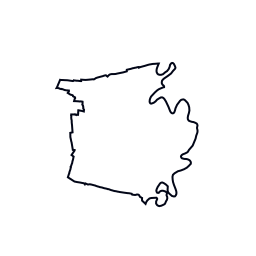 Golaiesti, Iasi, Romania, rotated 46°
{"feature_id": "2599482B7139322777344", "entity_name": "Golaiesti", "entity_type": "district", "adm_level": 2, "iso_a3": "ROU", "parent_name": "Romania", "parent_adm1": "Iasi", "projection": "albers", "projection_center": [27.678, 47.265], "detail": "fine", "context": "isolated", "style": "outline", "palette": "ink", "viewbox_px": 256, "rotation_deg": 46, "n_neighbors": 0, "source": "geoboundaries", "source_scale": "gbopen_adm2", "svg_char_len": 5671}
<svg xmlns="http://www.w3.org/2000/svg" viewBox="0 0 256 256"><g transform="rotate(46 128 128)"><path d="M194.8,168.1L194.7,167.9L193.9,166.2L193.5,164.3L193.6,161.5L194.5,159.9L197.9,156.0L198.9,156.0L199.4,156.4L200.4,158.8L201.9,160.3L203.8,160.6L204.9,160.3L205.9,159.8L207.0,158.1L207.7,156.2L208.2,154.5L207.9,153.3L207.1,151.5L206.8,150.2L206.0,148.7L204.7,147.6L203.3,147.1L202.8,146.6L201.9,145.1L201.2,145.0L199.7,145.2L197.9,146.1L196.7,147.1L196.0,148.5L195.8,149.7L196.0,151.0L195.4,151.6L194.7,152.0L193.7,151.7L192.8,151.2L192.0,150.0L191.0,147.5L190.5,145.0L190.2,143.7L190.2,142.7L190.5,141.9L191.0,141.2L192.3,140.6L194.9,140.0L197.6,139.9L200.2,142.7L201.8,143.7L203.5,143.9L207.4,143.6L209.2,142.5L209.8,141.6L209.6,140.3L209.1,139.1L208.2,138.1L207.0,137.2L205.0,136.2L200.7,134.4L198.1,133.1L196.1,131.7L194.0,129.9L192.9,128.2L192.9,126.0L193.8,122.1L195.2,119.6L196.6,116.3L197.4,113.3L197.5,110.3L197.4,108.9L197.4,107.8L196.8,107.0L195.9,106.4L194.5,106.1L193.3,106.3L192.0,106.8L190.8,107.6L189.3,109.0L187.3,110.2L186.3,110.2L185.4,109.8L185.0,109.2L184.8,108.2L185.0,106.9L185.9,104.8L186.5,102.9L186.7,102.1L186.7,101.5L186.1,99.3L185.6,93.7L182.6,86.8L180.9,84.2L179.7,81.7L179.2,80.9L178.4,80.0L177.5,79.3L176.4,78.7L175.7,78.1L174.5,76.3L173.5,75.7L172.6,75.5L171.2,75.9L169.3,76.7L167.9,77.8L166.2,78.7L164.9,79.2L163.4,78.9L162.2,78.0L160.9,76.3L159.6,73.9L158.1,71.7L155.6,69.6L153.3,68.4L151.2,67.7L149.5,67.7L147.4,67.7L146.1,68.1L145.3,69.1L144.7,70.2L144.6,71.7L145.4,76.6L146.8,80.1L148.1,82.2L148.9,84.0L148.9,85.0L148.5,85.7L147.7,86.2L146.6,86.3L145.2,86.0L140.9,84.2L135.3,82.3L132.4,81.7L130.9,81.7L129.8,82.1L128.9,83.0L128.4,84.7L127.8,87.4L128.0,89.7L127.7,92.0L126.9,93.8L126.5,94.5L125.7,94.8L124.8,94.6L124.0,94.1L122.8,92.7L122.0,91.2L121.4,89.5L121.1,83.9L121.2,80.8L121.5,79.0L122.1,77.3L123.2,74.5L123.7,73.7L123.1,73.1L122.3,72.9L121.1,73.1L119.6,72.8L118.5,71.9L117.6,70.6L117.4,68.9L117.5,67.3L118.2,63.3L118.7,59.2L118.2,55.9L118.1,53.3L117.7,52.1L116.9,51.6L115.7,51.1L113.7,50.5L112.4,50.6L111.8,51.1L111.5,52.1L111.8,53.9L112.9,55.5L113.9,57.9L114.2,60.5L113.8,62.3L113.6,65.5L112.7,67.3L111.7,68.3L110.5,69.0L109.3,69.1L107.8,68.6L106.8,67.9L105.6,66.5L104.7,64.9L103.0,61.1L102.6,61.5L100.4,64.2L99.7,65.0L99.1,65.7L98.1,67.2L97.2,68.5L96.3,70.1L96.1,70.5L95.0,72.7L94.1,74.3L92.9,76.5L92.4,77.6L92.2,78.2L91.6,77.9L90.8,79.0L90.1,80.3L89.4,81.3L88.8,82.4L88.5,82.7L87.4,84.9L86.6,86.2L85.3,88.4L86.4,89.5L84.6,92.9L82.8,95.7L81.2,98.2L81.0,98.6L80.3,99.7L80.0,100.0L79.3,100.8L78.7,101.4L78.1,102.0L77.5,102.8L77.1,103.5L76.8,104.2L76.7,105.1L76.7,106.0L76.8,107.0L75.8,107.2L75.1,107.2L74.7,107.3L74.2,108.0L73.6,109.1L73.1,110.3L72.6,111.1L71.6,112.9L70.4,115.1L69.7,116.7L69.7,117.2L69.6,117.6L69.4,118.4L69.4,118.6L68.9,119.2L68.6,119.3L66.9,121.5L64.9,124.0L63.6,125.5L63.1,125.9L62.7,126.3L61.9,127.0L60.7,128.1L61.7,129.1L61.1,129.7L59.1,131.3L58.3,132.1L57.3,132.9L57.0,133.2L56.6,133.5L56.0,133.9L56.1,134.3L56.1,134.8L56.0,135.0L54.2,136.4L51.7,138.3L46.4,143.3L46.2,143.4L47.6,146.6L48.1,147.9L49.0,149.8L49.6,151.6L49.9,151.2L50.8,150.5L51.2,150.2L51.4,150.1L52.3,149.8L53.0,149.4L53.7,149.0L53.8,148.8L53.8,148.6L54.3,148.3L55.1,147.9L56.7,147.2L56.9,147.0L57.2,146.8L58.2,146.1L58.5,145.8L59.0,145.3L59.5,144.9L59.8,144.7L60.0,144.5L60.5,144.9L60.6,145.1L60.7,145.4L60.8,146.2L60.8,146.6L60.9,147.0L64.1,146.2L64.5,145.9L65.0,145.6L65.9,145.1L66.3,145.1L67.0,145.5L69.2,144.8L69.9,145.4L69.9,145.5L70.0,146.1L71.2,148.1L71.9,147.4L74.5,145.0L75.1,144.6L75.7,143.9L76.3,143.3L77.5,142.4L77.7,142.5L78.6,143.5L79.1,144.0L79.3,144.2L79.4,144.6L79.6,144.7L80.0,144.7L80.6,144.8L81.1,145.1L81.5,145.5L81.9,145.6L82.2,145.9L82.5,146.3L83.0,146.7L83.2,146.8L84.0,146.8L84.4,147.0L85.1,148.0L85.4,148.3L84.9,148.6L83.4,149.5L82.9,149.9L82.1,150.4L80.7,151.4L80.9,151.7L81.2,152.0L81.5,152.3L81.9,152.6L82.3,153.2L83.0,153.8L83.4,154.3L83.8,154.9L81.8,156.3L82.1,156.5L81.7,156.7L81.5,156.8L80.4,157.8L80.0,158.1L79.4,158.9L78.8,159.4L79.1,159.8L79.2,159.7L79.4,160.0L79.6,160.2L80.1,160.5L80.7,161.3L81.6,162.0L82.1,162.5L83.1,163.0L83.8,163.6L84.2,163.9L84.4,164.2L84.5,164.3L84.8,164.5L85.0,164.7L85.9,165.4L86.4,165.8L86.6,165.9L92.6,170.9L91.4,172.9L93.9,175.2L94.4,175.7L95.5,176.4L96.0,176.7L98.2,178.1L99.2,178.6L105.4,182.9L106.0,182.3L106.8,181.7L107.1,182.1L107.5,184.0L108.0,186.4L108.2,187.4L108.9,187.3L109.3,187.1L109.9,187.1L110.2,187.2L110.8,187.0L112.7,189.8L112.9,190.3L113.8,191.7L114.5,192.6L114.8,193.4L116.0,195.7L116.1,196.3L116.7,196.5L116.9,197.0L117.1,197.3L117.3,197.5L117.5,197.8L117.7,198.1L117.9,198.5L118.5,199.7L119.0,200.7L119.3,201.2L119.6,201.4L119.9,202.1L120.7,203.7L121.1,204.3L121.3,204.8L121.7,205.5L126.3,204.4L129.3,203.7L131.5,202.2L134.0,200.3L136.2,198.8L136.5,198.5L137.9,198.0L138.5,198.1L138.2,197.2L139.1,196.8L140.8,196.1L141.0,195.9L141.4,195.2L141.8,194.7L142.0,194.6L142.4,194.2L142.7,194.1L142.8,194.0L142.8,193.9L146.9,191.4L147.3,191.3L147.7,191.1L149.2,190.3L149.9,189.8L150.7,189.5L151.8,188.7L152.8,188.0L154.5,187.1L155.3,186.6L156.1,186.0L157.6,185.1L157.9,185.0L158.4,184.5L159.2,184.1L160.3,183.6L161.1,183.2L162.2,182.5L163.0,182.1L164.4,181.2L164.6,181.0L164.8,180.8L167.1,179.3L167.4,179.0L168.2,178.5L172.1,175.5L175.0,173.2L175.3,172.9L175.6,172.6L177.9,171.0L178.4,171.1L178.6,171.3L178.8,171.3L179.7,170.6L180.7,169.8L181.2,169.3L181.5,168.9L181.9,168.0L182.1,167.7L182.9,167.0L183.3,166.8L183.7,166.7L184.0,166.7L184.9,166.9L185.4,167.1L186.0,167.2L186.6,166.9L186.9,166.8L187.4,166.8L188.0,166.8L188.2,166.6L189.3,167.7L190.0,168.3L190.6,168.3L192.1,168.2L194.8,168.1Z" fill="none" stroke="#020617" stroke-width="2"/></g></svg>